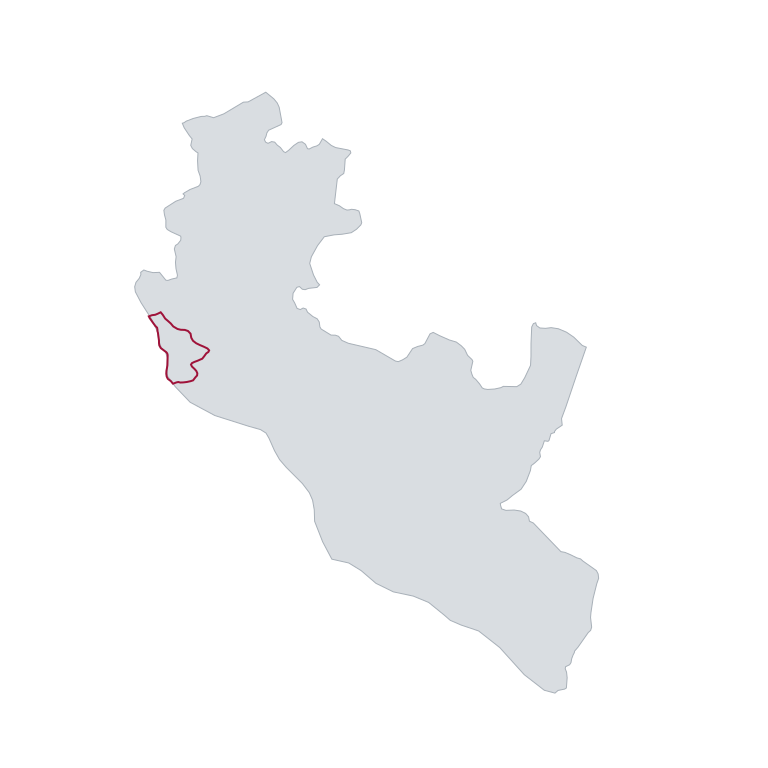 where Brazzaville sits in Republic of the Congo, rotated 109°
{"feature_id": "COG-4855", "entity_name": "Brazzaville", "entity_type": "Region", "adm_level": 1, "iso_a3": "COG", "parent_name": "Republic of the Congo", "parent_adm1": "", "projection": "orthographic", "projection_center": [15.461, -3.984], "detail": "fine", "context": "in_parent", "style": "outline", "palette": "rose", "viewbox_px": 768, "rotation_deg": 109, "n_neighbors": 0, "source": "natural_earth", "source_scale": "10m", "svg_char_len": 4740}
<svg xmlns="http://www.w3.org/2000/svg" viewBox="0 0 768 768"><g transform="rotate(109 384 384)"><path d="M146.6,590.8L150.3,580.9L153.1,576.4L156.5,573.2L170.1,565.5L172.2,565.8L181.6,575.7L184.7,576.5L188.0,576.2L192.0,576.6L193.9,574.6L194.2,572.0L191.4,569.2L190.9,566.1L192.9,562.7L194.1,559.0L197.0,554.6L197.3,552.5L194.2,550.3L187.8,546.9L183.4,543.6L181.7,540.4L182.9,536.3L186.4,533.0L186.2,531.3L183.1,528.3L180.8,525.1L178.5,523.2L172.1,522.0L173.3,517.7L175.6,511.5L176.2,506.7L174.4,494.1L174.5,491.8L176.3,490.6L180.1,492.0L184.0,493.9L194.5,491.1L198.1,490.6L201.2,493.0L205.4,494.9L229.6,489.6L230.0,484.2L231.4,479.4L231.6,475.7L230.6,473.4L229.4,471.6L228.6,468.0L228.6,464.1L230.9,462.3L238.7,457.6L241.1,457.7L246.5,460.3L251.6,464.2L256.1,472.5L259.2,479.7L264.2,488.4L274.8,491.9L287.4,494.1L294.2,493.5L303.9,486.1L309.5,480.3L311.2,477.2L314.5,478.8L318.1,486.4L320.5,489.3L321.0,492.1L319.4,495.7L321.0,497.9L327.8,499.5L333.7,498.0L336.4,494.9L340.8,490.8L340.9,487.4L338.5,485.2L338.5,482.1L341.0,479.7L343.4,473.2L344.1,468.4L346.5,465.4L350.9,463.2L352.5,461.3L355.0,450.0L353.7,445.9L353.7,442.5L356.5,438.1L357.1,431.0L354.2,403.0L358.6,380.6L358.2,377.7L355.1,374.3L351.2,371.1L341.2,368.5L337.5,364.3L334.6,359.9L332.5,358.5L321.6,356.8L319.2,354.3L320.2,347.2L321.1,336.6L320.8,329.3L322.7,323.4L324.9,319.0L329.7,314.3L332.3,308.7L333.6,307.4L342.8,306.4L346.1,304.1L348.7,301.8L349.8,298.7L352.9,293.5L355.7,289.9L356.0,287.5L355.4,284.2L352.7,277.7L349.4,272.3L347.4,270.4L343.3,257.6L339.6,254.6L332.3,253.0L318.7,251.5L310.4,253.9L297.8,258.2L282.0,262.9L278.3,262.4L276.7,260.5L279.1,258.8L280.3,254.9L278.8,249.4L276.3,244.3L275.0,237.1L275.6,228.3L277.9,219.9L283.0,209.1L283.3,204.7L313.7,204.8L346.4,204.6L358.9,204.9L364.9,202.1L370.6,206.4L373.4,207.3L374.4,207.0L376.6,209.9L383.7,209.6L384.8,210.3L385.5,213.9L392.1,213.8L395.3,214.6L398.0,214.5L401.8,212.4L404.6,213.1L409.6,215.8L413.2,218.2L418.2,217.4L429.8,217.8L438.8,220.1L447.7,226.3L453.6,229.9L459.0,235.2L460.9,234.2L463.8,232.1L463.8,227.6L460.8,219.9L459.6,213.3L460.3,207.9L462.5,204.1L466.4,201.8L466.8,197.6L484.9,162.2L484.3,158.1L484.7,152.0L485.6,145.2L485.4,141.2L486.6,138.4L491.3,122.4L493.9,119.7L497.8,117.8L503.6,117.8L518.7,116.5L532.8,113.9L537.5,112.7L546.3,108.5L549.7,108.4L552.6,110.0L569.7,114.9L574.4,116.8L576.1,116.6L578.7,117.0L582.6,117.1L586.5,116.5L589.0,117.1L592.2,120.3L594.3,119.9L597.0,117.6L602.1,115.2L612.0,112.6L613.6,113.8L617.1,119.7L620.6,121.7L621.4,132.7L613.2,156.7L595.5,188.8L586.7,214.1L586.8,232.7L585.9,244.4L583.0,251.5L576.0,270.7L575.0,287.2L577.5,307.5L575.1,326.7L567.9,344.8L564.7,359.1L566.6,376.3L553.2,390.6L536.4,404.9L525.6,409.0L517.1,413.7L511.1,419.2L504.7,428.7L494.7,449.2L489.5,458.1L482.7,465.8L472.6,475.2L468.8,479.6L467.3,486.0L468.0,497.8L468.9,533.7L464.4,561.3L454.5,580.5L447.0,591.2L439.6,594.4L429.8,597.3L425.1,600.9L422.2,606.3L416.7,610.9L408.7,614.9L398.5,624.7L386.2,640.2L377.8,649.1L373.2,651.4L368.6,651.6L363.7,649.8L359.7,649.5L357.6,650.4L354.4,648.2L354.5,644.7L353.9,638.7L351.5,632.6L356.9,624.0L356.4,622.0L353.9,618.9L351.1,614.4L348.4,614.7L342.7,618.2L336.8,620.8L331.3,622.0L324.6,626.2L320.9,626.3L318.8,624.6L314.3,623.0L311.8,623.6L310.4,624.4L309.4,634.8L308.5,639.2L306.8,641.3L300.0,643.6L295.4,646.7L291.4,648.7L288.9,648.2L279.0,640.4L273.7,634.0L270.6,633.8L269.7,635.9L268.1,634.9L263.2,630.7L257.5,623.9L255.4,622.9L252.3,623.0L247.3,625.5L242.4,629.4L233.5,633.0L226.1,635.1L225.5,637.5L223.8,641.8L221.3,644.4L214.8,645.2L212.4,649.0L206.8,656.3L203.1,659.6L202.1,658.2L199.8,656.5L195.1,650.9L190.5,643.9L189.3,640.7L188.0,638.9L187.7,631.8L180.8,623.5L163.3,608.7L161.5,604.3L146.6,590.8Z" fill="#d9dde1" stroke="#a8b0b8" stroke-width="1"/><path d="M452.4,583.6L451.5,585.2L451.1,585.7L450.7,586.4L449.5,590.1L448.0,591.6L447.7,591.9L445.2,593.2L442.4,594.0L439.6,594.4L436.8,594.9L427.6,597.8L426.5,598.3L425.6,599.0L424.8,600.2L422.8,606.5L422.5,607.0L421.1,608.5L420.8,608.9L420.3,609.2L418.7,610.0L416.2,610.9L409.2,614.4L407.9,615.3L406.2,616.0L404.6,616.9L404.0,618.2L403.6,619.0L401.3,622.4L397.9,627.1L396.6,628.4L394.5,625.8L393.0,622.8L391.2,620.8L388.9,618.5L390.6,615.7L393.4,612.2L394.6,609.1L396.2,605.3L398.2,602.0L399.2,597.2L398.9,593.9L397.7,589.9L397.7,586.6L399.4,583.3L403.0,581.3L405.3,578.7L406.6,574.9L407.1,570.9L407.4,566.6L407.9,562.5L409.1,560.3L410.9,560.5L412.9,562.0L416.5,563.1L419.3,564.1L420.8,565.8L422.5,567.6L424.8,570.4L426.8,572.4L428.5,572.8L430.0,571.3L431.5,568.0L432.8,565.7L434.6,564.0L436.8,563.5L439.1,564.5L442.7,565.7L444.3,567.8L446.3,571.1L447.8,574.2L448.9,577.0L449.1,579.2L450.1,580.8L451.1,582.0L452.4,583.6Z" fill="none" stroke="#9f1239" stroke-width="2"/></g></svg>